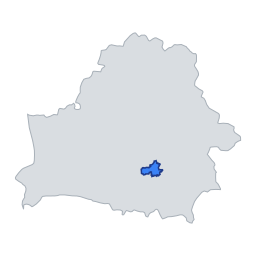 Akciabrski, Gomel, Belarus (highlighted)
{"feature_id": "67162791B76840313346110", "entity_name": "Akciabrski", "entity_type": "district", "adm_level": 2, "iso_a3": "BLR", "parent_name": "Belarus", "parent_adm1": "Gomel", "projection": "albers", "projection_center": [28.984, 52.671], "detail": "fine", "context": "in_parent", "style": "filled", "palette": "blue", "viewbox_px": 256, "rotation_deg": 0, "n_neighbors": 0, "source": "geoboundaries", "source_scale": "gbopen_adm2", "svg_char_len": 6735}
<svg xmlns="http://www.w3.org/2000/svg" viewBox="0 0 256 256"><path d="M220.5,189.6L216.0,189.4L210.5,189.7L207.5,192.0L204.2,191.0L201.8,192.3L196.6,198.4L194.5,201.6L192.6,206.5L191.5,210.1L192.2,212.6L193.3,215.0L193.5,217.5L194.1,219.5L192.8,221.0L192.0,223.1L189.7,222.7L186.8,220.8L186.2,217.9L184.0,215.9L182.5,214.9L180.2,214.8L176.4,215.8L171.5,216.6L167.8,216.8L165.7,217.8L162.7,218.9L161.6,217.7L159.9,214.4L158.5,211.1L157.6,209.7L156.8,209.3L155.8,209.4L154.6,210.4L153.7,211.5L150.6,212.7L149.3,213.9L147.8,216.9L146.8,216.7L145.7,216.0L144.6,212.6L142.9,211.8L140.3,211.8L137.1,211.0L134.5,210.0L133.5,210.2L132.0,211.6L130.3,211.8L126.6,210.5L125.9,211.1L123.7,214.7L122.7,214.9L122.1,214.4L122.5,211.2L120.4,210.0L116.8,209.8L114.2,210.2L113.0,210.0L112.4,209.4L109.4,203.9L107.8,203.5L104.8,203.7L100.5,202.9L95.6,201.5L92.8,201.0L91.5,199.7L88.4,199.2L80.3,196.6L76.9,196.0L72.0,195.8L64.5,194.9L59.7,194.9L57.4,195.6L54.8,195.9L45.8,196.0L42.6,196.4L41.6,197.5L40.4,199.9L36.4,203.9L32.6,206.5L31.9,206.7L29.9,205.1L28.2,204.4L26.2,204.1L24.7,204.5L23.7,205.1L23.6,208.4L23.4,208.7L22.1,204.7L22.5,201.1L23.5,199.2L24.7,197.4L24.5,194.6L25.8,191.1L26.0,188.5L25.6,187.3L24.9,185.9L22.7,184.3L21.8,183.1L18.7,181.3L15.8,179.2L15.4,178.0L15.6,177.2L16.2,176.1L18.8,172.7L21.7,169.5L23.4,168.3L32.4,164.5L33.8,163.1L34.3,160.5L34.5,155.3L34.4,150.4L33.9,147.1L32.7,140.8L29.3,127.7L27.6,114.3L29.3,115.2L33.3,115.8L36.5,115.1L38.2,115.1L39.6,115.4L43.9,115.0L44.8,116.3L46.6,117.4L50.4,116.2L53.8,114.5L57.2,114.9L57.7,114.0L58.8,109.3L59.9,108.4L63.9,109.1L65.4,108.3L67.1,106.1L69.5,104.8L71.5,104.9L73.7,103.3L74.6,104.5L75.0,106.4L74.3,108.0L74.5,108.6L75.9,109.4L78.4,109.5L80.0,108.9L80.4,108.1L80.4,106.5L80.1,104.9L79.1,103.6L77.2,102.8L75.9,102.8L75.7,101.9L76.2,100.2L77.6,97.0L79.2,94.1L80.1,93.0L80.3,92.0L80.2,90.2L80.3,87.1L81.9,82.6L83.8,79.3L86.2,78.4L89.1,77.9L91.0,76.4L92.0,74.6L92.9,71.7L93.8,71.2L100.7,71.8L101.8,68.9L102.5,68.1L103.8,67.3L104.8,66.3L104.4,65.5L102.7,65.0L98.6,64.4L97.8,63.4L98.1,62.2L99.3,59.3L100.5,55.5L101.1,52.6L101.2,50.8L101.8,50.4L105.2,49.9L106.3,49.4L109.3,45.4L111.5,44.8L117.1,46.0L119.7,45.9L123.0,46.3L123.3,45.9L124.5,41.9L130.2,35.6L133.2,33.4L135.0,32.9L135.7,33.1L138.6,36.5L139.3,36.6L141.3,35.2L144.7,35.1L146.3,36.3L148.6,40.5L149.8,41.0L153.1,38.7L154.9,37.9L156.2,37.9L162.5,41.1L162.9,42.1L163.0,43.3L162.0,47.1L163.3,49.4L164.9,51.0L168.1,48.4L169.3,47.6L170.6,47.6L172.4,46.6L173.6,45.2L174.8,44.6L177.1,44.9L181.3,44.5L186.3,46.7L186.7,47.4L189.2,50.0L190.1,51.3L190.9,51.7L192.2,53.0L194.0,53.8L195.2,53.5L195.8,53.9L196.4,54.9L196.5,56.7L196.4,61.7L194.7,64.3L194.5,65.2L194.6,66.3L196.1,68.5L198.0,71.7L198.5,73.7L198.5,75.1L196.1,79.5L195.3,80.5L194.8,82.6L194.6,84.8L194.8,85.7L199.0,89.0L202.2,90.7L202.9,91.6L203.0,92.2L201.4,95.9L201.3,96.9L203.9,98.3L205.3,100.6L206.7,104.5L209.2,108.2L218.2,113.3L219.1,114.2L219.4,115.4L219.2,118.0L217.7,122.9L219.3,123.6L223.2,123.2L228.1,123.6L234.0,126.8L234.1,128.3L233.6,129.8L234.0,131.2L234.7,132.5L239.9,136.1L240.5,137.1L240.6,139.0L240.6,140.4L239.2,140.8L237.7,141.5L235.2,143.2L234.3,145.6L230.4,149.0L227.9,150.6L225.9,150.7L221.0,150.3L219.3,148.8L218.5,147.3L216.6,146.7L214.2,146.8L210.8,147.1L210.1,147.6L209.6,149.4L208.3,152.5L207.3,154.3L211.8,160.2L214.1,162.6L214.8,164.1L214.9,165.1L213.9,166.5L214.1,169.0L216.4,172.3L215.7,172.9L215.6,177.0L215.8,181.5L216.4,182.5L217.6,183.4L218.6,185.0L220.4,188.6L220.5,189.6Z" fill="#d9dde1" stroke="#a8b0b8" stroke-width="1"/><path d="M141.5,173.4L141.7,173.5L141.9,173.7L142.3,173.7L142.5,173.9L142.9,173.9L143.3,174.0L143.5,174.1L143.5,174.4L143.4,174.7L143.6,174.9L143.9,174.8L144.3,174.8L144.7,174.7L145.0,174.6L145.3,174.5L145.5,174.4L145.6,174.1L145.7,173.9L145.9,173.9L146.2,174.0L146.5,173.9L146.8,173.9L147.1,173.9L147.6,173.9L148.0,173.9L148.5,174.0L148.9,173.9L149.0,173.6L149.0,173.4L149.2,173.0L149.2,172.8L149.3,172.5L149.5,172.5L149.8,172.5L150.0,172.2L150.6,171.8L150.9,171.8L151.0,172.0L151.4,172.1L151.4,172.3L151.3,172.6L151.1,173.0L151.1,173.3L151.2,173.5L151.3,173.7L151.5,173.9L151.7,174.0L151.6,174.4L151.4,174.5L151.2,174.8L151.1,175.0L151.5,175.2L151.8,175.1L151.9,175.5L152.0,175.7L152.3,175.6L152.2,175.8L152.0,176.0L151.9,176.1L151.8,176.3L151.9,176.5L152.0,176.4L152.4,176.3L152.6,176.3L152.8,176.2L153.0,176.2L153.4,176.2L153.6,176.1L153.8,176.0L154.0,175.9L154.3,175.7L154.5,175.5L154.8,175.6L155.0,175.4L155.4,175.6L155.6,175.6L155.9,175.5L156.1,175.4L156.4,175.3L156.4,175.5L156.5,175.9L156.7,175.7L156.8,175.6L156.8,175.4L156.9,175.2L157.1,175.0L157.2,174.8L157.4,174.9L157.5,175.0L157.5,175.3L157.5,175.5L157.5,175.8L157.8,175.7L158.0,175.6L158.3,175.8L158.6,175.8L158.7,175.7L158.9,175.5L159.1,175.2L159.1,174.9L159.2,174.7L159.5,174.6L160.0,174.5L160.1,174.3L160.0,174.1L159.9,174.0L159.8,173.8L159.7,173.6L159.7,173.4L159.7,173.1L159.8,172.9L159.9,172.7L159.7,172.6L159.8,172.2L160.0,172.1L160.2,171.9L160.3,171.8L160.4,171.6L160.6,171.7L160.8,171.8L161.1,171.9L161.3,171.9L161.5,171.8L161.6,171.7L161.8,171.4L161.7,171.3L161.7,171.1L161.8,170.8L161.9,170.6L162.1,170.5L162.4,170.4L162.6,170.3L162.6,170.1L162.5,169.8L162.3,169.7L162.2,169.7L161.8,169.7L161.7,169.7L161.3,169.8L161.2,169.8L160.9,169.8L160.6,169.7L160.4,169.7L160.2,169.7L159.9,169.6L159.5,169.6L159.4,169.7L159.1,169.7L158.9,169.7L158.9,169.4L158.9,169.1L158.7,168.9L158.6,168.7L158.5,168.2L158.4,167.9L158.4,167.6L158.5,167.2L158.6,166.9L158.7,166.6L159.0,166.3L159.2,166.0L159.3,165.7L159.1,165.4L159.1,165.2L159.3,165.1L159.5,165.2L159.8,164.9L159.9,164.7L160.1,164.2L159.9,163.9L159.6,163.7L159.4,163.7L159.1,163.7L158.8,163.7L158.6,163.8L158.4,163.7L158.2,163.6L157.8,163.6L157.7,163.3L157.7,163.1L157.3,163.3L157.2,163.3L156.8,163.3L156.7,163.2L156.7,162.8L156.7,162.5L156.7,162.3L156.6,162.0L156.5,161.7L156.3,161.1L156.1,160.7L156.0,160.8L155.6,160.9L155.4,160.9L154.9,161.0L154.7,161.0L154.3,161.0L154.1,161.1L154.1,161.4L154.2,161.7L154.2,162.1L154.0,162.3L153.9,162.6L153.6,162.8L153.4,163.0L153.3,163.4L153.2,163.6L152.8,163.9L152.5,164.2L152.3,164.4L152.1,164.6L151.7,164.6L151.3,164.9L150.9,165.0L150.6,164.9L150.2,164.8L150.0,165.0L149.9,165.3L150.0,165.7L150.2,165.9L150.5,166.1L150.7,166.5L150.4,166.8L150.1,166.8L149.8,166.8L149.5,167.0L149.3,167.3L149.2,167.5L149.0,167.8L148.8,167.8L148.5,167.6L148.4,167.5L148.0,167.3L147.8,167.4L147.6,167.5L147.3,167.6L147.0,167.6L146.6,167.4L146.2,167.4L145.8,167.6L145.6,167.8L145.2,168.0L144.9,168.1L144.6,167.9L144.2,167.8L143.8,167.7L143.7,167.9L143.3,168.0L143.1,167.8L142.8,167.7L142.7,167.8L142.3,168.0L142.2,168.6L141.8,168.9L141.2,169.2L141.2,169.6L141.3,170.4L141.4,171.2L141.4,171.8L141.5,172.9L141.5,173.4Z" fill="#3b82f6" stroke="#1e3a8a" stroke-width="1.5"/></svg>